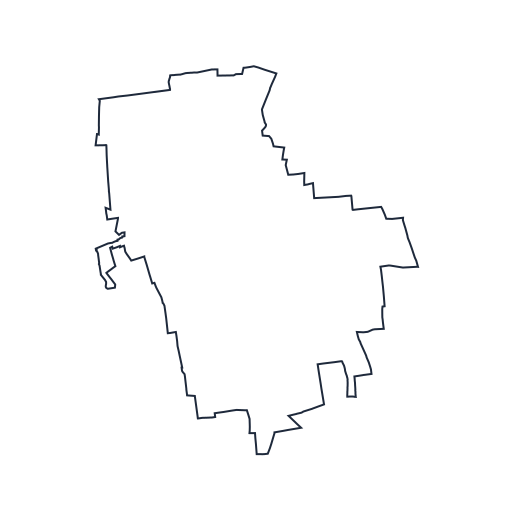 Buctzotz, Yucatán, Mexico (Robinson projection), rotated 257°
{"feature_id": "50627088B3254023966858", "entity_name": "Buctzotz", "entity_type": "district", "adm_level": 2, "iso_a3": "MEX", "parent_name": "Mexico", "parent_adm1": "Yucatán", "projection": "robinson", "projection_center": [-88.667, 21.212], "detail": "fine", "context": "isolated", "style": "outline", "palette": "slate", "viewbox_px": 512, "rotation_deg": 257, "n_neighbors": 0, "source": "geoboundaries", "source_scale": "gbopen_adm2", "svg_char_len": 6017}
<svg xmlns="http://www.w3.org/2000/svg" viewBox="0 0 512 512"><g transform="rotate(257 256 256)"><path d="M444.1,138.2L443.2,138.5L442.3,138.7L436.3,136.7L431.3,135.4L427.4,134.4L424.5,133.7L420.0,132.6L418.8,132.3L416.6,131.9L414.3,131.3L409.7,130.1L410.4,129.1L410.6,128.5L399.9,124.6L399.3,127.3L398.9,129.4L398.4,131.5L398.0,133.5L397.9,134.6L397.8,134.9L397.6,135.1L394.4,134.5L388.0,133.2L381.3,132.0L377.8,131.4L376.2,131.1L375.5,131.0L361.6,128.7L360.1,128.5L353.9,127.6L353.6,127.5L353.4,127.5L352.3,127.3L352.1,127.2L351.6,127.2L349.7,127.0L333.9,124.6L336.8,120.3L333.7,120.0L331.1,119.7L329.2,119.7L325.0,119.3L324.7,123.8L324.2,130.1L323.5,129.9L322.5,129.5L311.6,124.6L307.4,127.3L308.8,130.6L308.6,133.2L304.9,132.3L305.1,130.1L304.2,129.9L304.0,129.4L304.1,128.5L304.0,127.7L303.1,126.2L303.1,124.7L302.7,124.6L302.0,124.6L301.9,124.2L302.0,122.6L301.6,120.2L301.2,118.9L301.4,117.4L301.5,114.6L299.2,101.5L297.3,101.4L296.9,101.6L297.2,102.0L296.7,101.9L295.4,102.4L293.5,102.6L292.5,102.4L289.2,102.1L287.3,101.9L284.3,101.6L283.5,101.1L281.8,101.4L279.3,101.2L276.7,101.0L273.7,100.8L272.9,100.8L272.6,100.6L268.0,102.8L266.8,103.4L266.2,103.6L265.2,103.9L264.6,104.1L263.9,104.0L262.6,103.7L261.9,103.4L261.5,103.2L260.4,102.8L259.7,102.7L258.7,102.9L258.1,103.4L257.4,104.2L257.0,109.7L256.9,111.4L259.5,112.3L260.0,112.4L261.8,111.6L263.8,110.7L266.1,109.7L267.5,109.0L273.2,106.4L273.3,106.4L275.6,111.8L276.7,114.2L277.7,116.7L281.3,116.4L284.4,116.2L285.1,116.2L288.3,116.0L289.8,115.9L293.1,115.8L296.5,115.7L296.8,115.7L297.4,118.0L295.4,118.1L295.8,122.1L296.4,125.7L295.1,125.5L295.5,127.7L295.7,129.7L293.7,129.7L293.5,129.8L290.4,129.6L289.6,129.6L286.9,130.5L284.3,131.6L281.6,132.7L279.6,133.4L280.0,139.1L280.1,140.4L280.3,142.7L280.7,147.0L280.2,146.9L272.1,147.5L270.4,147.6L261.3,148.1L260.2,148.2L252.6,148.7L252.7,151.0L248.9,151.5L247.3,151.8L240.4,153.6L237.1,154.5L233.8,154.6L232.6,154.6L231.2,154.5L230.7,155.0L228.1,155.6L220.0,154.9L215.7,154.5L210.6,153.9L200.6,152.7L200.3,155.1L200.0,160.8L195.9,160.5L190.7,160.0L186.6,159.4L185.7,159.3L180.9,159.3L176.2,159.2L163.9,159.0L164.0,158.4L161.9,158.2L160.7,158.1L159.4,158.5L157.0,159.8L156.6,159.8L154.1,159.6L151.6,159.3L146.1,158.7L141.9,158.2L141.7,158.1L136.4,157.6L135.7,157.5L133.4,164.9L113.8,163.1L110.8,162.8L110.7,163.2L110.4,167.2L109.3,172.7L108.9,175.0L108.5,177.0L108.3,180.0L112.1,180.4L111.7,185.2L111.3,189.5L110.9,196.0L110.7,198.9L110.4,202.4L108.0,211.2L107.8,212.4L103.1,212.8L98.7,213.1L93.2,212.0L90.8,211.5L87.3,210.6L84.9,209.8L84.3,212.2L83.7,215.2L78.7,214.4L72.6,213.6L62.8,212.1L62.0,215.6L61.5,217.4L61.1,219.4L60.7,223.0L65.6,226.3L69.6,228.7L76.5,232.6L79.3,234.2L80.0,234.3L79.5,243.2L79.4,245.6L79.3,247.9L79.0,252.9L78.5,261.3L83.1,258.2L92.0,252.4L92.9,251.8L93.0,256.4L93.0,259.6L93.1,260.3L93.1,264.9L93.3,265.8L93.8,267.2L94.5,276.4L94.6,276.8L95.4,283.1L96.1,288.9L112.1,289.9L117.2,290.3L127.4,291.0L130.2,291.2L132.7,291.4L136.6,291.7L136.1,297.5L135.5,303.1L134.9,308.7L134.3,315.5L133.9,316.2L132.6,316.3L129.4,317.1L127.2,317.2L126.2,317.2L125.8,317.2L124.0,317.0L121.1,317.2L118.9,317.5L118.3,317.5L117.2,317.5L116.5,317.6L115.7,317.5L115.1,317.5L114.3,317.2L113.6,317.1L113.1,317.0L111.9,316.8L111.3,316.6L111.0,316.6L110.3,316.4L109.1,316.1L108.6,316.0L107.6,315.6L106.9,315.5L103.8,314.7L103.4,314.5L102.8,314.4L102.5,314.3L102.1,314.2L101.2,314.0L99.9,313.6L99.3,313.5L98.4,313.3L98.2,314.3L98.0,315.6L97.8,316.5L97.5,318.0L97.3,318.6L97.1,319.2L97.0,319.6L96.6,320.4L96.3,321.5L96.7,321.5L97.7,321.7L99.2,321.9L99.8,322.0L100.6,322.2L101.5,322.4L102.0,322.4L102.6,322.5L103.2,322.6L103.6,322.8L104.9,323.0L105.4,323.1L107.9,323.5L108.9,323.7L110.6,324.0L111.8,324.1L112.4,324.2L113.1,324.3L114.1,324.5L115.2,324.6L116.5,324.8L116.4,325.5L116.4,326.5L116.2,328.6L115.9,333.1L115.9,334.0L115.7,335.5L115.5,337.9L115.4,338.8L115.1,342.0L117.9,342.3L119.6,342.5L122.9,342.3L124.0,342.2L125.1,342.1L126.6,342.0L128.4,341.7L132.1,341.0L134.2,340.9L137.8,340.2L142.8,339.2L147.2,338.3L148.9,338.2L151.6,337.4L155.2,337.2L159.3,337.2L158.6,339.6L157.5,343.5L157.0,347.7L157.1,348.6L158.0,353.1L157.9,355.2L156.3,364.1L162.4,364.7L165.6,365.1L167.9,365.3L168.8,365.5L172.0,366.2L176.0,367.1L178.3,367.9L178.1,370.0L188.0,371.5L197.5,372.8L202.9,373.4L207.9,374.0L214.4,374.7L217.6,374.8L216.9,383.3L216.4,384.9L211.7,396.5L209.2,410.8L209.0,411.4L215.4,411.1L218.8,410.4L223.9,409.9L228.4,409.5L235.1,408.7L238.7,408.1L239.7,408.0L242.0,408.1L249.7,407.8L251.9,407.6L256.1,407.3L258.0,407.2L260.2,407.9L260.4,406.1L261.5,397.0L263.0,391.3L267.3,390.8L273.2,389.7L275.7,389.0L277.0,378.6L277.6,373.7L278.6,365.6L279.1,360.8L279.4,360.5L292.9,362.4L293.4,362.3L294.3,357.2L295.1,349.7L299.3,325.7L314.2,327.9L314.2,324.4L314.1,322.5L314.2,321.2L314.3,319.0L317.8,319.7L326.0,321.8L326.4,315.9L327.0,310.8L327.9,305.7L337.9,305.4L342.9,307.7L344.1,303.4L348.4,305.0L352.1,306.5L355.3,307.9L356.4,304.8L358.9,297.8L361.6,297.8L366.8,297.3L369.9,295.7L371.8,289.6L376.8,290.1L378.6,292.8L379.5,294.0L380.1,294.6L380.8,295.0L381.6,295.3L382.0,295.3L383.9,294.6L384.5,294.5L384.8,294.6L391.9,294.3L397.2,294.7L397.7,294.9L406.5,301.0L410.6,303.9L414.3,306.5L415.7,307.2L416.6,307.6L417.6,308.4L419.9,310.0L426.3,314.9L429.3,316.9L435.5,306.4L437.2,303.7L439.1,300.7L441.3,296.7L441.4,296.4L441.5,293.1L441.9,288.0L442.2,286.2L436.5,283.4L437.7,277.4L437.0,274.9L440.4,259.1L446.5,260.4L447.7,254.9L448.0,240.0L448.6,237.5L448.9,235.8L448.9,235.4L449.0,234.7L449.3,233.4L449.4,232.4L449.7,230.8L449.8,230.1L449.9,229.2L450.0,228.6L449.9,226.4L449.8,224.9L449.8,223.6L449.7,223.3L449.9,222.6L450.0,221.9L450.2,220.8L450.4,219.5L450.6,218.3L450.7,216.9L451.1,214.8L451.3,213.4L451.3,213.0L450.3,212.7L449.3,212.3L448.3,211.6L447.9,211.4L447.2,211.0L446.4,210.6L446.2,210.4L445.0,210.0L442.7,209.9L441.6,209.9L441.2,209.9L439.0,209.8L438.7,209.8L438.0,209.8L437.2,209.6L440.6,174.0L441.3,166.8L442.4,157.6L442.7,152.9L444.1,138.2Z" fill="none" stroke="#1e293b" stroke-width="2"/></g></svg>